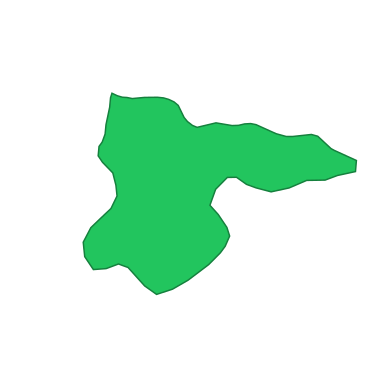 Pakchon, P'yŏngan-bukto, North Korea, rotated 215°
{"feature_id": "82179303B99885007667227", "entity_name": "Pakchon", "entity_type": "district", "adm_level": 2, "iso_a3": "PRK", "parent_name": "North Korea", "parent_adm1": "P'yŏngan-bukto", "projection": "equal_earth", "projection_center": [125.607, 39.693], "detail": "fine", "context": "isolated", "style": "filled", "palette": "green", "viewbox_px": 384, "rotation_deg": 215, "n_neighbors": 0, "source": "geoboundaries", "source_scale": "gbopen_adm2", "svg_char_len": 1079}
<svg xmlns="http://www.w3.org/2000/svg" viewBox="0 0 384 384"><g transform="rotate(215 192 192)"><path d="M314.2,227.0L312.8,222.5L308.1,214.3L303.4,203.3L301.1,197.9L296.4,189.6L294.2,181.4L294.3,176.0L289.6,167.8L282.3,165.0L267.8,162.2L258.2,153.9L251.1,145.7L248.9,132.0L251.7,118.4L254.4,104.8L252.3,88.5L242.8,77.5L228.3,71.9L218.4,80.0L210.9,90.9L205.8,92.2L201.1,93.5L189.0,90.7L176.9,87.9L162.3,87.8L152.2,101.3L144.6,117.6L136.7,142.1L133.9,158.4L133.7,166.6L135.9,177.5L143.1,183.0L157.6,188.6L169.7,191.4L174.2,207.8L171.4,224.2L164.0,229.6L151.8,229.5L142.0,232.1L127.3,237.5L114.8,251.0L104.7,267.3L89.8,278.1L82.3,289.0L74.8,297.1L69.8,302.5L75.4,312.1L99.3,307.7L103.0,307.3L121.0,309.8L127.2,307.6L141.5,295.1L146.7,291.5L156.5,288.0L162.8,286.8L178.2,283.9L183.2,281.7L188.0,277.9L192.1,273.3L197.3,269.4L212.0,262.4L224.9,247.9L229.8,246.8L236.1,247.1L241.2,248.5L252.9,255.0L258.4,255.5L264.2,254.5L269.2,252.8L274.6,249.8L285.2,242.2L294.5,234.3L299.5,232.1L303.4,229.7L308.4,228.0L314.2,227.0Z" fill="#22c55e" stroke="#15803d" stroke-width="1.5"/></g></svg>